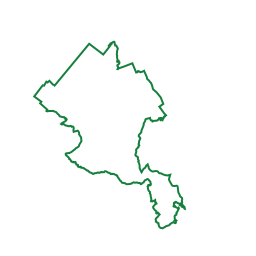 the district of Ghidfalau, Covasna, Romania, rotated 126°
{"feature_id": "2599482B32628699176432", "entity_name": "Ghidfalau", "entity_type": "district", "adm_level": 2, "iso_a3": "ROU", "parent_name": "Romania", "parent_adm1": "Covasna", "projection": "albers", "projection_center": [25.894, 45.924], "detail": "fine", "context": "isolated", "style": "outline", "palette": "green", "viewbox_px": 256, "rotation_deg": 126, "n_neighbors": 0, "source": "geoboundaries", "source_scale": "gbopen_adm2", "svg_char_len": 5846}
<svg xmlns="http://www.w3.org/2000/svg" viewBox="0 0 256 256"><g transform="rotate(126 128 128)"><path d="M159.7,213.6L160.6,204.1L162.2,204.0L162.2,203.9L161.9,203.0L160.6,201.8L158.9,199.4L158.1,198.6L158.0,197.4L157.4,195.7L157.4,195.4L157.9,193.3L157.9,192.2L158.2,191.1L158.7,190.2L158.2,189.0L158.0,188.2L157.4,186.7L157.1,186.6L156.8,186.3L156.7,184.1L156.9,183.2L157.6,183.8L158.1,182.5L159.1,182.6L163.1,184.4L163.3,183.8L163.6,183.6L164.1,184.0L164.1,183.7L162.7,182.2L162.5,181.4L162.7,180.7L162.7,180.1L161.8,178.2L161.8,177.7L161.0,176.4L160.2,175.9L159.9,175.5L159.9,174.8L160.1,174.3L159.2,173.5L159.4,172.5L160.2,171.7L161.8,170.9L163.0,169.7L159.8,167.2L159.7,166.9L160.3,165.2L161.1,164.3L161.9,163.8L163.2,160.4L166.1,157.9L170.2,157.6L171.4,157.1L172.3,157.1L175.4,158.4L176.7,158.4L177.4,158.8L180.5,159.6L182.9,160.8L183.5,161.8L184.2,162.3L184.8,163.1L185.6,163.2L186.4,162.3L186.6,159.6L187.0,157.8L187.3,157.3L187.5,157.3L187.3,156.6L187.7,155.8L187.9,155.0L188.1,154.5L188.4,154.4L188.4,153.6L187.6,152.6L187.6,151.7L187.3,151.4L187.5,151.4L187.2,150.9L187.0,151.1L186.9,150.9L187.0,150.4L186.7,150.2L187.5,148.8L187.9,148.4L187.5,147.3L187.9,146.7L187.6,146.5L187.8,146.3L188.1,146.5L188.5,146.2L188.6,145.4L188.3,145.2L188.0,143.9L187.5,144.0L187.2,143.8L187.1,143.3L187.5,142.3L187.2,142.0L186.4,140.0L186.6,139.5L186.4,137.7L186.5,136.3L186.3,136.1L186.4,135.8L186.0,135.1L186.3,134.2L186.4,132.9L185.9,131.8L185.8,129.9L185.5,129.7L185.6,129.2L184.8,128.6L184.1,128.3L183.1,127.1L182.1,126.6L181.5,125.8L181.4,125.3L181.2,125.3L180.9,124.7L179.4,123.9L179.1,123.4L179.2,123.1L178.7,122.8L177.9,121.4L176.6,121.3L176.3,120.9L175.9,120.1L175.8,117.9L175.3,117.0L175.4,116.5L175.2,116.1L175.4,114.8L175.0,114.3L174.4,114.1L174.2,113.3L173.5,112.5L173.3,110.7L172.9,110.0L172.9,109.0L173.2,108.9L173.3,108.0L173.7,107.6L174.6,104.7L175.1,103.9L175.2,102.0L175.5,101.6L175.8,100.8L174.4,97.9L174.4,96.8L174.2,96.0L172.2,93.5L171.8,93.3L170.6,92.3L170.2,92.4L168.7,91.6L168.4,90.7L167.7,89.6L166.8,88.8L166.4,87.2L165.7,86.5L165.5,85.9L165.9,84.6L165.5,84.2L164.3,84.1L162.7,83.4L161.1,83.6L160.3,83.5L159.6,83.0L158.4,82.6L157.7,82.0L157.7,80.9L158.1,79.9L158.2,78.7L158.6,78.0L159.4,77.5L159.6,76.8L160.6,76.2L161.2,76.3L161.6,76.5L161.6,76.8L161.4,77.0L162.0,77.9L162.5,78.1L163.1,77.7L163.7,77.8L164.0,77.2L164.6,76.9L165.4,76.1L166.4,74.8L166.7,73.8L166.8,72.8L167.8,71.8L168.1,71.8L168.5,70.7L170.0,69.4L171.9,67.2L173.7,66.3L173.0,65.0L172.1,64.7L171.4,64.0L170.4,63.7L171.1,63.1L171.4,62.5L172.1,62.3L172.5,61.7L172.1,61.0L172.4,60.5L173.3,61.1L176.6,61.4L177.1,61.3L177.8,60.6L178.6,58.2L178.7,56.2L179.1,55.8L179.1,55.4L179.4,55.0L179.6,55.6L180.4,55.0L180.4,54.7L180.0,54.2L178.9,53.8L179.4,51.6L180.5,51.8L182.3,51.7L183.9,52.1L185.5,52.1L186.6,50.8L187.3,50.5L187.2,50.1L187.5,49.1L187.1,48.4L187.2,48.0L187.1,47.4L187.6,46.9L187.8,46.9L188.0,46.5L188.5,46.2L189.7,44.1L189.7,43.0L188.8,41.1L185.9,39.7L184.9,39.4L182.7,37.7L181.9,37.4L181.3,37.5L178.6,36.6L177.5,35.8L177.4,34.2L177.2,33.8L176.8,33.6L176.4,33.7L176.2,34.6L174.5,34.3L174.4,35.2L175.0,36.0L174.7,36.0L172.4,38.2L171.3,38.6L169.7,37.9L168.6,38.7L168.3,38.6L168.0,39.0L166.4,38.9L164.1,39.6L163.6,39.4L163.0,39.7L162.8,40.1L163.8,40.1L163.6,41.3L164.0,43.1L163.9,43.6L164.6,44.4L164.6,44.6L163.9,44.3L163.5,44.4L163.5,44.7L163.7,44.9L163.7,45.5L161.6,46.7L161.3,46.4L160.9,46.5L160.8,46.0L159.8,46.0L159.5,45.3L159.6,43.6L159.2,42.8L159.1,42.0L158.9,41.7L159.0,41.4L159.9,41.0L159.9,40.4L159.2,40.5L159.3,40.4L159.2,38.6L159.6,38.1L160.9,37.9L159.6,37.9L159.7,37.7L159.5,37.3L159.6,36.9L159.5,36.5L159.7,35.8L160.1,34.8L160.0,34.5L158.7,35.8L158.5,37.3L158.6,38.0L158.0,38.9L157.9,39.8L156.1,40.6L155.1,41.8L154.2,42.0L153.0,43.0L152.8,43.4L152.7,45.4L152.4,46.1L151.6,47.2L150.6,49.3L146.4,53.2L146.0,53.9L146.0,54.5L146.2,54.9L147.4,56.0L148.4,57.5L148.5,58.4L148.3,59.2L146.4,63.3L145.7,64.4L145.2,64.8L141.0,66.4L142.9,67.8L144.1,69.8L145.0,72.5L145.2,74.5L146.2,76.1L145.7,78.4L145.9,79.2L146.2,79.8L147.1,80.9L148.7,82.4L148.9,83.0L149.1,85.2L148.6,86.8L148.2,87.7L147.0,88.9L146.5,90.0L145.9,90.7L147.8,91.1L148.7,90.9L150.4,90.8L151.5,91.3L152.7,91.4L155.8,91.0L155.5,91.8L153.8,94.8L151.3,96.8L150.3,98.0L149.1,100.0L148.3,99.9L147.3,101.7L145.8,102.8L145.8,104.4L145.9,105.2L145.5,106.2L142.3,107.3L141.4,108.3L140.4,108.8L137.2,108.3L136.8,108.8L135.4,108.7L135.2,109.0L134.9,109.9L134.6,110.1L133.4,110.4L132.8,111.0L129.1,112.0L128.7,112.6L128.6,113.5L128.3,114.5L127.5,115.0L127.1,115.1L123.7,114.7L122.4,115.5L116.9,116.9L115.8,117.4L115.3,117.9L112.0,118.3L110.8,118.9L110.2,118.8L107.0,116.1L107.4,115.8L108.3,114.2L107.8,113.0L108.4,112.1L108.3,111.9L107.1,111.4L105.0,108.9L103.4,108.4L101.8,108.6L100.3,107.1L100.2,106.8L100.4,106.5L102.1,106.6L102.5,106.4L102.5,106.1L101.4,105.9L101.4,104.7L100.7,104.9L100.2,105.5L100.1,105.1L99.5,105.4L99.1,105.0L98.4,105.4L97.5,105.5L97.2,105.4L97.3,105.1L96.7,104.8L96.0,105.1L95.4,104.8L94.9,107.4L92.3,115.2L87.8,113.6L84.6,118.6L83.9,119.9L82.3,126.1L82.0,130.1L81.5,131.1L79.3,133.7L78.0,135.9L77.8,137.4L77.3,138.7L77.0,141.4L75.7,142.8L72.3,148.6L74.0,149.5L75.6,150.8L75.7,151.0L75.6,152.1L76.0,153.3L76.4,153.4L77.1,153.1L78.3,154.0L73.1,162.5L81.6,168.0L84.9,170.4L86.4,170.8L86.5,171.1L85.1,171.2L84.3,172.2L84.1,173.0L83.5,173.5L81.5,173.0L80.4,173.2L79.9,173.5L79.6,174.6L79.1,175.1L79.2,175.3L80.6,175.3L80.8,175.6L80.6,175.9L79.0,176.5L77.1,178.6L75.9,179.2L75.4,180.1L73.7,181.0L73.2,181.5L71.3,182.4L69.7,182.9L69.4,183.3L69.4,183.6L68.2,185.9L68.3,186.2L68.8,186.9L66.3,189.7L66.6,190.2L69.5,191.6L69.7,190.7L70.9,190.9L70.8,191.8L72.8,191.9L72.8,190.8L83.1,191.2L82.7,208.9L136.7,212.3L136.5,212.8L137.0,214.1L136.0,219.3L138.4,219.8L138.5,221.3L143.1,220.8L143.6,222.1L157.6,222.4L157.7,213.5L159.7,213.6Z" fill="none" stroke="#15803d" stroke-width="2"/></g></svg>